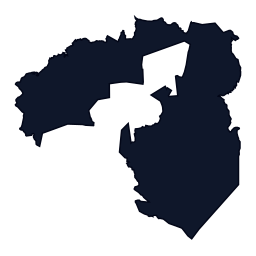 Xochihuehuetlán, Guerrero, Mexico (Mercator projection)
{"feature_id": "50627088B21353339735014", "entity_name": "Xochihuehuetlán", "entity_type": "district", "adm_level": 2, "iso_a3": "MEX", "parent_name": "Mexico", "parent_adm1": "Guerrero", "projection": "mercator", "projection_center": [-98.537, 17.893], "detail": "fine", "context": "isolated", "style": "filled", "palette": "ink", "viewbox_px": 256, "rotation_deg": 0, "n_neighbors": 0, "source": "geoboundaries", "source_scale": "gbopen_adm2", "svg_char_len": 5652}
<svg xmlns="http://www.w3.org/2000/svg" viewBox="0 0 256 256"><path d="M191.7,238.8L198.8,229.3L238.5,184.6L238.5,156.3L239.2,154.3L239.0,150.8L240.0,148.2L240.0,141.8L238.5,139.7L238.5,138.4L237.7,136.4L236.9,133.1L237.0,130.4L237.6,129.7L239.2,128.8L239.3,128.4L239.1,128.0L237.3,127.4L235.4,127.5L234.1,128.0L231.9,130.2L231.3,131.6L229.8,131.9L227.8,129.2L227.8,127.1L229.6,124.9L230.7,122.6L230.3,121.4L230.4,120.2L230.9,119.5L231.0,118.7L229.3,115.9L228.9,114.6L228.9,111.1L226.8,108.4L226.8,105.2L226.0,104.4L225.1,104.1L224.1,102.7L224.3,102.3L223.9,102.0L223.7,101.1L224.0,99.8L221.5,98.1L220.2,96.5L218.2,96.3L218.5,95.7L220.5,94.9L222.6,95.6L223.9,95.4L226.2,93.7L227.7,93.3L228.2,93.5L228.2,92.5L228.7,92.8L229.8,91.9L230.5,92.3L230.9,92.2L230.7,90.6L232.4,90.6L232.4,90.1L233.6,89.2L233.4,88.8L233.6,87.9L234.2,87.4L235.1,88.0L235.3,87.8L235.0,86.7L234.6,86.4L235.7,86.2L235.5,85.7L236.5,85.3L236.4,83.2L236.8,81.5L238.4,82.0L240.5,75.4L240.6,71.6L240.3,70.9L240.6,67.7L239.0,64.7L237.9,59.6L235.8,58.6L233.1,54.2L231.7,53.0L231.1,50.7L231.2,47.0L230.9,46.3L231.4,44.6L230.6,43.2L231.3,41.4L232.2,40.5L231.5,39.5L231.8,39.3L231.5,37.9L233.7,39.5L235.6,40.4L236.5,39.1L237.6,39.2L237.8,38.7L238.5,38.4L238.4,37.9L236.9,36.2L234.7,35.7L233.2,34.5L232.6,32.2L230.6,30.5L229.1,30.5L223.9,32.5L223.1,32.5L215.0,23.2L202.2,24.7L193.7,22.7L191.8,22.9L191.3,22.0L190.9,22.5L188.4,30.9L186.3,33.5L183.3,32.6L182.9,30.7L181.8,30.8L180.9,30.4L180.8,28.6L180.2,28.1L178.8,28.2L177.6,25.0L176.1,23.9L175.7,23.1L174.5,22.8L173.2,23.0L170.5,25.1L169.8,24.9L169.6,25.2L168.6,24.8L167.9,24.9L166.0,23.8L165.5,22.7L164.6,22.0L163.9,21.9L163.1,20.9L163.2,19.8L162.6,18.6L161.8,18.0L160.8,18.2L157.2,20.3L153.7,20.6L152.1,21.3L147.6,21.2L142.2,20.2L139.9,19.4L138.3,19.4L136.1,18.2L135.1,17.2L135.4,18.5L137.1,20.8L136.7,21.5L135.6,22.2L135.6,23.2L135.2,24.1L135.4,24.6L136.1,24.9L135.5,26.3L136.2,27.8L136.3,29.1L135.5,31.6L134.6,32.6L134.7,35.6L133.6,36.9L132.9,38.4L132.2,39.1L130.3,38.9L125.7,39.2L125.3,37.4L125.5,35.8L124.1,34.4L124.1,32.6L123.7,31.9L123.6,30.7L123.2,30.6L122.9,30.6L122.7,32.1L121.5,32.3L121.2,32.6L121.1,34.6L119.8,37.4L119.6,38.5L118.7,39.7L118.4,41.3L117.8,41.7L107.5,35.9L106.9,36.9L106.9,37.8L106.1,38.7L106.8,40.8L106.7,41.6L106.0,42.3L104.3,42.3L103.9,42.1L103.6,41.4L101.7,40.9L100.3,41.2L99.8,40.9L99.1,41.3L96.5,40.8L94.5,42.1L92.1,42.4L91.7,43.0L89.5,42.2L89.0,41.7L88.8,40.6L87.6,40.0L86.5,38.9L85.7,38.5L84.0,38.5L82.2,39.2L81.8,40.1L81.2,40.2L80.4,39.0L79.0,39.6L77.2,39.7L76.4,41.2L75.7,41.0L75.4,40.0L74.8,40.5L73.2,42.7L72.4,43.2L72.5,43.9L73.1,44.5L73.0,45.0L72.7,45.0L71.8,46.0L71.0,45.8L66.9,48.2L67.0,49.0L66.5,50.1L65.6,50.0L65.7,50.7L66.4,51.3L66.6,52.1L67.2,52.8L67.1,53.9L67.5,54.5L67.6,55.6L67.2,55.4L67.0,54.5L66.2,54.7L65.2,56.4L64.4,57.0L64.2,56.6L64.5,56.2L64.3,55.5L65.2,54.6L64.5,54.0L65.0,53.0L63.0,52.6L62.8,53.7L60.8,54.9L59.8,54.9L58.4,54.4L58.2,55.3L56.4,56.4L54.5,55.7L53.9,55.8L53.4,57.7L51.7,57.7L51.5,58.5L51.2,58.7L50.0,58.1L49.5,59.6L48.9,60.4L49.0,63.1L47.1,66.8L45.1,67.5L44.6,68.0L44.5,68.6L42.3,70.1L41.6,71.2L41.0,71.5L38.9,73.5L38.2,74.9L38.3,75.5L37.5,75.8L36.6,75.5L37.0,74.7L37.1,73.8L38.0,73.2L36.8,72.4L35.4,72.5L34.6,74.1L33.1,73.8L33.9,73.0L34.4,73.1L34.2,72.2L31.9,72.5L30.6,73.0L29.1,73.1L27.9,73.6L27.2,73.6L26.2,74.1L25.3,75.7L24.4,76.8L21.9,77.9L21.2,79.0L20.9,80.5L19.7,82.4L18.0,82.1L16.4,82.7L15.5,84.1L15.6,84.4L18.7,86.8L19.4,88.5L21.3,90.3L22.6,92.3L22.9,93.3L22.6,94.2L20.4,96.3L19.4,97.0L18.2,97.3L16.1,99.5L16.0,100.8L16.8,102.2L16.9,103.2L15.4,104.8L15.8,105.7L17.8,106.9L22.4,112.0L23.5,112.4L24.0,113.2L24.0,114.2L23.5,115.6L23.7,117.6L22.2,124.9L21.4,127.1L21.1,127.7L19.9,128.3L19.8,129.0L21.2,130.0L22.5,130.0L23.2,130.5L23.7,131.6L24.9,132.4L25.8,134.4L25.8,135.4L26.4,135.9L31.6,135.2L32.3,133.7L33.5,133.6L34.3,134.6L33.6,135.8L33.5,137.1L34.5,139.3L36.0,140.7L36.2,144.2L36.9,144.9L39.6,146.3L42.4,133.2L67.6,124.0L82.7,124.5L85.6,125.2L93.5,125.6L93.7,125.2L93.3,124.5L93.7,124.1L93.8,122.6L92.2,121.7L91.7,120.8L91.6,119.9L90.8,119.2L91.1,118.3L90.4,118.0L88.7,110.8L89.1,109.8L97.7,99.6L109.4,97.5L109.3,83.7L120.6,82.1L126.5,81.8L142.9,84.1L143.2,82.0L142.7,69.4L142.0,69.3L141.5,64.7L142.6,55.9L184.4,40.9L190.3,44.4L189.1,49.9L188.3,52.1L186.3,64.8L184.5,72.0L182.6,76.8L182.3,77.3L180.7,77.2L179.2,76.9L177.5,75.7L176.0,75.9L175.6,76.3L177.8,95.8L168.9,96.5L168.5,95.5L171.4,90.5L167.4,87.9L166.6,89.1L165.2,86.3L151.1,95.0L160.5,101.1L162.0,104.9L162.6,106.9L163.0,111.2L162.8,112.1L161.1,115.1L159.7,116.2L160.6,118.6L159.4,121.7L158.0,123.4L157.0,123.7L155.3,123.4L154.0,124.9L152.6,125.2L151.5,126.3L149.6,126.1L148.4,126.5L148.0,125.9L145.8,125.5L145.6,126.7L145.1,127.2L143.9,127.3L142.4,126.7L141.6,127.8L138.5,128.6L135.4,128.9L135.0,130.6L135.6,133.6L134.8,133.5L134.4,133.9L135.3,137.9L135.2,141.4L134.0,142.3L132.2,142.1L131.0,143.1L128.2,123.5L121.6,130.2L119.5,152.1L125.0,157.7L127.2,158.2L127.0,161.4L128.5,161.4L129.2,162.1L126.8,163.3L127.7,164.4L127.5,164.8L128.6,166.8L129.4,166.7L131.8,167.4L132.2,169.6L132.6,169.8L133.7,169.6L134.6,173.1L135.2,173.8L134.8,175.5L135.0,177.5L136.3,178.9L137.6,181.1L138.4,181.0L138.5,181.3L139.2,184.6L137.8,186.2L135.1,186.9L134.2,189.0L135.0,189.9L138.6,192.3L141.1,194.9L142.4,195.2L143.8,197.4L149.1,201.9L147.1,202.1L140.5,201.4L139.3,200.2L137.7,200.2L135.5,200.9L135.4,202.0L136.4,203.6L139.6,211.3L144.4,213.9L148.1,215.1L148.2,215.8L148.9,216.3L150.0,216.4L150.7,215.9L152.5,216.4L152.3,216.1L153.9,215.3L156.4,215.4L157.6,217.4L158.7,218.5L160.1,218.3L163.4,219.0L169.0,223.4L180.9,227.7L182.1,228.3L187.9,235.8L191.7,238.8Z" fill="#0f172a" stroke="#020617" stroke-width="1.5"/></svg>